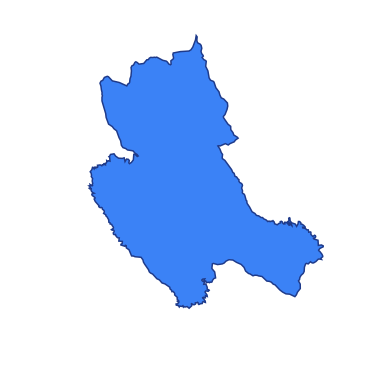 El Peñon, Cundinamarca, Colombia (Equal Earth projection), rotated 147°
{"feature_id": "7082276B2914130191559", "entity_name": "El Peñon", "entity_type": "district", "adm_level": 2, "iso_a3": "COL", "parent_name": "Colombia", "parent_adm1": "Cundinamarca", "projection": "equal_earth", "projection_center": [-74.297, 5.266], "detail": "fine", "context": "isolated", "style": "filled", "palette": "blue", "viewbox_px": 384, "rotation_deg": 147, "n_neighbors": 0, "source": "geoboundaries", "source_scale": "gbopen_adm2", "svg_char_len": 6071}
<svg xmlns="http://www.w3.org/2000/svg" viewBox="0 0 384 384"><g transform="rotate(147 192 192)"><path d="M124.0,212.0L124.1,213.2L125.9,217.1L125.3,219.4L125.5,223.2L123.8,226.0L124.9,229.3L125.1,237.1L124.5,238.3L122.1,239.0L117.6,242.2L115.2,244.6L113.8,247.4L114.7,252.6L116.2,255.1L115.8,258.2L114.8,261.3L115.2,266.4L113.7,272.1L113.8,273.1L115.6,275.7L115.5,278.4L112.7,284.9L112.1,289.9L108.9,293.8L108.9,294.7L110.0,296.6L110.3,299.3L108.5,299.8L108.3,300.6L108.5,302.9L107.8,305.1L105.5,307.2L104.5,310.0L104.6,311.5L105.9,313.8L105.9,314.9L105.3,316.6L103.2,319.3L103.3,320.9L106.3,317.6L108.5,316.0L112.4,313.1L115.5,311.8L117.8,311.9L125.3,316.1L132.0,318.8L133.2,317.7L134.4,314.6L135.1,313.9L138.3,313.5L139.9,310.6L140.7,310.4L141.7,311.7L141.9,314.6L142.3,315.8L144.8,318.4L148.1,324.3L149.5,324.8L150.1,325.5L151.7,326.2L153.3,327.4L154.9,327.5L156.4,326.8L157.9,327.5L162.5,326.1L166.8,328.1L167.4,330.4L168.2,331.8L169.3,331.8L172.0,330.3L173.5,330.6L175.3,329.6L176.8,326.6L180.1,322.4L182.3,320.7L184.5,318.0L185.3,317.5L187.0,317.5L188.9,316.5L193.3,323.4L198.3,328.6L199.3,334.2L200.1,335.2L203.1,335.8L206.0,334.3L208.0,334.5L209.9,333.4L210.7,330.4L212.3,327.1L213.2,324.5L214.4,322.8L214.7,321.5L215.9,320.5L217.9,317.4L221.7,304.7L223.4,301.3L225.0,294.3L223.2,290.3L223.0,287.5L221.9,284.4L223.6,277.3L223.9,274.0L225.8,269.6L225.7,266.8L223.9,264.5L223.2,262.4L219.1,258.7L218.5,255.0L217.7,253.7L217.5,251.5L218.6,251.6L219.1,254.3L220.3,255.3L223.7,250.9L226.7,249.8L229.0,249.8L229.1,250.9L227.4,252.5L227.6,254.1L229.0,255.3L231.6,254.0L230.3,257.6L232.1,258.1L235.2,260.4L236.5,263.7L236.6,266.5L239.9,267.9L241.7,266.8L242.4,266.9L242.3,265.7L244.0,262.5L245.0,263.7L245.9,263.7L246.4,264.8L247.0,263.7L248.2,263.0L248.9,263.2L249.7,262.0L250.3,263.7L250.7,263.7L251.2,262.9L252.3,263.7L253.3,263.1L254.2,264.7L256.7,265.9L257.3,264.4L257.9,264.1L258.9,265.2L259.7,264.4L260.2,265.7L261.5,264.7L261.6,266.7L262.0,266.9L263.8,265.3L266.4,264.4L266.3,262.8L267.1,260.8L268.1,259.8L268.0,257.5L269.7,255.6L270.7,253.1L271.5,252.7L271.9,251.6L272.5,251.6L273.4,253.8L273.8,252.7L275.0,253.2L274.6,252.2L274.9,251.1L276.2,251.2L275.9,250.1L274.8,249.6L275.7,248.4L275.9,247.3L275.6,245.6L274.8,244.3L276.8,244.9L277.5,244.3L277.5,243.3L276.4,240.2L277.0,239.4L277.9,239.4L278.3,236.7L277.5,231.0L278.1,230.6L278.1,230.1L277.5,228.8L276.5,228.5L276.0,227.7L276.5,226.3L275.9,224.7L276.1,223.5L276.5,222.9L277.8,222.2L276.7,219.9L277.2,218.8L276.8,217.4L277.0,214.2L278.2,211.8L277.5,210.6L278.1,209.8L277.0,208.6L277.2,207.6L277.1,205.6L277.3,204.8L277.9,204.4L280.1,204.3L279.7,203.4L278.5,202.8L278.4,202.2L278.8,201.2L280.3,200.6L280.8,199.4L280.5,198.6L279.3,198.1L279.7,196.7L279.5,194.8L279.1,193.9L278.0,193.1L280.1,190.7L277.3,188.5L278.6,186.8L280.0,186.9L280.5,186.3L277.9,183.1L277.0,183.6L276.4,182.9L277.5,180.9L276.3,177.8L277.5,171.3L275.9,170.1L275.1,168.8L270.3,165.0L270.1,161.9L270.9,159.6L271.0,157.3L270.8,150.6L271.3,148.3L270.9,146.6L269.7,144.6L268.7,138.4L267.2,136.0L266.7,132.1L264.7,129.6L262.5,124.2L263.2,122.7L262.7,120.9L263.1,119.3L262.1,119.0L261.7,117.2L261.8,116.3L262.6,115.1L261.7,111.5L262.8,110.3L262.5,107.9L263.7,108.3L263.2,106.7L264.8,106.1L266.4,106.7L266.8,105.7L265.2,104.0L265.3,102.5L264.3,102.9L262.7,101.5L261.6,101.6L261.9,100.2L261.2,100.4L260.6,99.4L258.5,98.6L257.7,96.1L254.3,96.7L253.8,97.1L253.5,98.5L253.2,98.6L251.8,96.3L250.2,96.1L249.5,97.2L248.9,96.7L247.4,96.5L247.2,95.8L247.7,94.7L247.5,93.9L245.9,93.7L244.1,92.9L243.2,93.9L242.4,94.0L240.9,92.1L240.3,93.3L240.5,95.0L240.2,95.8L240.8,96.8L240.6,97.6L239.8,97.5L238.4,96.0L237.2,97.7L236.1,96.1L235.5,97.5L235.6,100.7L235.2,101.3L234.2,101.5L232.5,99.9L231.1,100.2L231.2,100.8L232.2,102.2L231.1,103.9L230.5,107.2L232.4,108.2L230.3,110.0L231.5,111.1L231.9,112.4L231.6,112.9L230.5,113.1L228.6,112.2L230.1,111.4L228.9,109.6L229.4,108.3L227.3,107.3L226.7,106.4L225.8,106.6L225.2,105.9L224.2,105.7L223.0,106.7L220.8,107.5L219.0,107.1L216.5,112.6L217.0,117.0L214.0,120.7L212.9,120.4L210.1,117.2L205.8,115.2L203.7,114.9L201.1,115.5L197.9,115.1L194.8,112.7L193.0,108.8L190.2,104.5L189.4,100.4L190.1,96.5L189.0,92.9L187.9,91.6L186.5,88.5L184.6,88.0L182.6,86.5L182.1,85.6L179.3,83.0L177.8,76.6L175.7,74.8L174.6,73.2L174.1,70.5L172.9,68.9L171.7,62.1L170.5,58.7L168.7,55.4L165.7,53.1L162.7,48.2L160.5,48.9L158.0,50.6L153.8,52.0L151.4,55.8L151.1,59.5L149.5,60.0L148.2,61.5L145.9,62.7L143.0,63.2L141.2,64.3L138.6,67.8L135.9,69.8L135.0,69.9L133.7,68.4L130.7,69.0L129.8,67.0L128.6,66.3L126.0,66.2L122.8,66.9L121.9,66.6L120.1,64.9L120.1,66.1L119.8,66.3L117.6,66.5L117.1,67.5L116.9,69.2L117.2,72.6L117.6,73.7L117.5,74.3L115.5,75.0L111.8,74.6L111.3,75.4L112.3,77.1L115.1,78.4L112.6,82.9L115.3,86.1L115.4,86.9L114.8,87.1L114.0,86.6L112.9,86.9L112.5,87.3L112.3,88.2L112.8,89.0L114.9,88.9L115.4,91.6L114.2,93.5L114.5,94.1L116.0,94.7L115.1,96.9L116.3,97.8L116.7,99.5L118.7,101.6L118.4,102.2L116.5,100.4L116.1,101.2L116.5,103.3L117.3,105.1L118.1,105.8L117.5,106.9L117.8,108.6L118.8,109.3L120.6,107.4L123.0,106.2L122.8,108.8L125.2,111.9L125.4,114.4L124.1,116.8L124.4,117.4L125.2,117.3L126.3,115.1L127.9,115.0L126.3,111.5L126.3,109.8L126.6,109.2L127.0,111.3L127.8,112.7L128.4,111.1L128.7,111.2L129.1,114.4L130.5,116.1L130.9,116.1L131.5,114.7L132.6,115.4L132.8,116.3L132.6,118.0L133.0,118.8L134.1,119.1L134.6,117.9L136.2,118.3L138.4,118.1L140.0,120.4L139.4,121.9L139.7,123.9L140.9,123.7L141.4,124.5L142.7,124.6L143.2,125.7L144.5,125.9L145.0,128.1L146.5,130.5L146.7,132.1L148.0,133.0L149.0,135.6L150.7,137.3L150.9,139.7L152.4,142.7L151.9,148.0L152.0,152.2L151.6,153.5L150.9,154.6L151.1,155.6L149.5,160.6L149.5,162.0L150.1,163.0L150.2,164.0L149.0,165.4L148.2,168.3L146.1,170.0L145.8,170.9L145.8,172.1L146.8,174.0L146.8,175.5L145.9,176.8L146.3,177.8L146.4,180.4L147.4,181.7L146.5,184.8L147.1,186.2L146.6,189.3L147.2,200.6L148.3,203.4L148.0,204.3L145.9,206.9L146.0,209.0L145.2,212.8L145.2,216.5L144.2,216.2L143.3,215.3L137.7,214.4L136.0,211.7L133.9,211.9L129.2,211.1L127.3,211.9L124.0,212.0Z" fill="#3b82f6" stroke="#1e3a8a" stroke-width="1.5"/></g></svg>